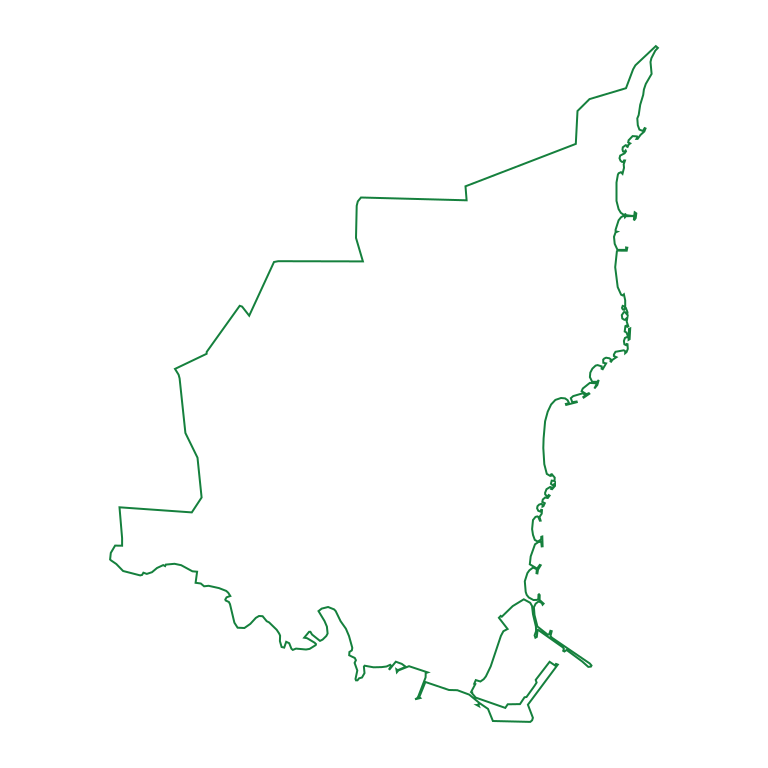 outline of Mangalia, Constanta, Romania
{"feature_id": "2599482B15082485169173", "entity_name": "Mangalia", "entity_type": "district", "adm_level": 2, "iso_a3": "ROU", "parent_name": "Romania", "parent_adm1": "Constanta", "projection": "equal_earth", "projection_center": [28.576, 43.845], "detail": "fine", "context": "isolated", "style": "outline", "palette": "green", "viewbox_px": 768, "rotation_deg": 0, "n_neighbors": 0, "source": "geoboundaries", "source_scale": "gbopen_adm2", "svg_char_len": 6114}
<svg xmlns="http://www.w3.org/2000/svg" viewBox="0 0 768 768"><path d="M175.0,368.9L178.6,374.7L179.6,378.4L185.4,433.0L197.5,457.7L201.6,497.5L191.8,512.4L119.5,507.3L122.1,538.1L122.1,545.7L115.1,545.6L110.8,552.9L110.1,559.5L110.9,560.3L116.3,564.0L123.1,571.0L140.2,575.4L142.1,574.9L143.4,572.7L146.8,573.9L152.0,572.2L157.0,568.0L163.2,565.1L165.1,566.1L165.8,564.6L174.5,563.8L181.2,565.2L192.4,571.3L197.1,571.7L195.6,582.8L200.8,583.5L204.1,586.3L208.6,585.8L219.0,588.1L226.2,590.9L228.2,592.7L230.3,596.0L226.6,597.3L225.3,599.5L225.7,600.5L228.9,602.0L230.0,604.2L234.4,622.7L237.6,627.7L244.4,628.0L250.3,623.9L255.8,617.9L259.0,616.0L262.6,616.2L266.7,621.2L269.1,622.4L276.7,629.8L279.2,633.6L280.1,635.7L279.9,641.1L281.6,647.0L284.2,647.6L286.2,641.8L289.2,643.2L291.4,648.7L292.8,649.9L296.0,648.6L306.0,649.5L309.6,648.9L315.7,645.1L316.0,644.1L314.6,642.7L307.1,638.2L304.2,637.7L309.1,631.8L310.4,631.8L312.0,634.5L320.0,640.9L322.6,639.6L326.3,636.0L327.6,633.5L326.9,626.6L324.5,621.0L318.5,611.1L321.7,608.6L328.1,607.0L334.1,609.4L335.7,611.1L340.6,621.2L345.9,628.7L349.0,636.0L352.3,647.9L351.8,650.4L349.4,652.0L349.2,655.3L354.8,658.0L355.9,660.2L354.6,662.9L357.3,670.5L355.5,679.0L356.0,680.3L357.5,680.3L359.1,678.3L362.0,677.5L364.5,673.1L363.9,666.7L364.6,665.7L373.5,667.3L381.6,667.1L386.5,666.5L390.2,664.8L391.2,665.9L389.3,668.9L389.7,669.2L395.8,661.7L401.8,663.9L405.8,666.8L397.7,670.2L396.4,669.3L396.9,672.2L398.3,670.5L409.0,666.2L427.7,672.4L425.7,673.1L425.6,677.4L418.4,696.2L417.4,698.0L415.1,699.3L420.3,698.0L419.3,697.0L425.4,682.0L449.0,690.0L457.3,690.2L469.2,694.6L479.2,702.8L478.0,704.9L476.8,705.0L478.8,706.1L478.4,705.1L479.7,703.2L488.0,708.9L492.9,721.0L530.3,721.9L532.1,720.3L532.9,717.8L527.9,704.7L557.8,664.6L556.0,663.9L554.9,665.4L549.6,661.8L535.7,679.9L536.6,682.6L534.4,686.0L526.5,697.0L524.5,697.3L520.0,704.1L507.7,704.3L505.3,707.9L475.7,697.6L471.8,693.0L472.1,692.4L471.1,692.0L475.3,684.1L474.2,683.8L475.8,680.1L480.4,681.5L483.7,679.2L485.9,676.4L490.7,666.4L500.9,635.9L503.4,631.2L507.6,629.0L498.9,617.8L500.7,615.9L501.8,616.7L512.7,606.1L523.8,599.3L530.2,602.8L532.0,605.9L533.0,614.3L535.9,626.5L536.1,631.1L534.6,635.4L535.4,637.7L536.8,636.9L537.6,629.8L538.1,629.9L562.9,647.4L563.9,648.9L563.2,650.8L564.4,651.5L566.6,650.0L582.1,661.4L588.3,666.9L590.9,666.6L591.5,665.5L589.8,663.5L551.9,637.7L550.5,636.0L551.7,631.2L550.4,630.8L549.3,634.0L547.9,634.8L537.4,626.5L534.5,615.0L533.9,607.2L535.7,603.6L538.7,601.4L541.8,603.0L542.6,604.7L543.6,603.6L539.6,600.0L539.7,595.1L539.0,594.3L538.5,594.7L538.3,599.1L536.9,599.9L533.4,600.0L528.8,597.5L526.7,594.9L525.7,591.9L524.8,581.3L527.4,573.1L529.4,570.3L532.6,567.9L534.0,567.9L536.8,569.3L536.5,573.2L537.4,573.4L538.0,569.7L540.7,565.3L539.8,564.9L537.1,568.6L529.8,564.3L530.7,556.4L535.0,544.3L538.5,542.0L541.2,541.8L541.7,546.4L542.6,546.3L542.3,536.5L541.3,536.8L541.1,539.4L537.8,541.6L534.8,539.9L533.0,534.9L532.1,529.1L533.0,520.0L535.5,516.9L537.3,516.4L538.2,516.8L539.9,520.7L540.6,520.6L539.5,517.0L541.7,513.7L542.0,510.0L541.2,509.8L540.4,511.6L538.3,510.8L537.1,508.3L537.5,506.2L539.1,504.6L541.3,503.9L542.5,504.5L542.5,506.6L543.4,506.2L544.8,503.2L542.3,501.9L542.8,499.5L545.1,497.5L547.8,498.0L549.6,495.6L548.7,495.0L547.3,496.6L545.2,494.4L545.1,492.8L546.5,489.2L550.1,487.0L551.7,487.5L551.1,488.9L552.1,489.2L555.0,485.9L555.0,483.3L552.9,485.4L550.9,483.8L551.7,480.6L554.5,481.0L554.7,477.6L551.8,474.2L551.0,474.5L551.2,475.7L550.2,475.9L546.8,473.9L544.3,464.2L543.3,448.0L543.6,438.4L545.1,421.3L547.7,411.7L551.1,404.5L555.4,399.9L561.0,398.0L565.1,398.4L567.6,400.2L569.1,403.2L565.9,403.9L566.2,404.9L576.8,402.2L576.6,401.5L572.3,402.2L570.8,398.2L573.2,396.1L582.7,393.3L585.7,395.0L583.3,397.0L583.7,397.6L589.3,393.8L588.8,393.2L586.5,394.2L581.6,391.2L582.8,388.5L589.8,382.9L596.1,383.3L596.6,384.2L594.4,388.5L597.3,385.0L598.7,380.0L597.3,381.8L592.2,381.8L589.9,377.1L590.3,372.6L592.4,368.6L595.6,365.6L597.6,365.1L601.7,366.4L601.6,368.7L602.7,369.2L606.1,363.4L603.3,362.8L603.2,359.6L604.3,358.5L606.1,357.7L609.4,358.3L610.8,359.4L610.5,361.3L611.1,361.7L612.5,359.8L616.4,357.2L613.9,356.0L613.9,354.5L615.5,351.8L623.8,350.3L625.2,351.2L625.2,353.2L626.5,352.1L627.8,348.9L627.5,344.2L626.6,344.0L626.0,345.1L624.4,344.3L623.9,341.0L624.9,338.0L626.5,337.2L628.7,337.5L628.6,339.8L629.6,339.2L630.2,328.4L629.0,328.9L628.8,335.4L627.6,335.4L626.5,332.5L624.7,331.5L625.4,326.1L626.6,325.5L627.3,326.8L628.3,326.3L626.7,321.7L627.4,317.3L625.0,319.9L624.0,319.6L622.3,318.5L621.8,315.1L623.9,312.1L625.0,312.1L627.2,314.7L627.5,312.3L625.9,308.1L624.8,308.3L624.1,309.8L622.8,309.4L622.0,307.9L622.7,305.9L625.2,306.8L625.2,300.3L623.9,294.3L622.6,295.4L621.1,294.7L617.7,287.1L615.2,267.2L616.9,251.2L617.5,250.6L626.7,250.7L627.3,247.7L626.1,247.5L626.2,249.9L617.5,249.9L614.7,243.8L614.0,236.8L615.5,232.5L617.2,231.7L615.6,231.3L615.6,229.7L618.6,220.3L621.0,217.3L623.1,216.0L624.5,216.1L624.9,217.3L625.8,216.2L634.2,216.1L633.9,219.5L634.5,219.8L635.7,218.1L636.3,213.4L634.7,212.3L634.2,215.9L631.9,215.9L625.8,215.1L625.4,214.2L623.8,214.8L620.8,212.8L618.6,209.1L616.5,200.9L616.5,182.5L617.9,174.6L618.7,173.2L621.0,172.2L622.5,173.8L624.0,167.8L623.7,164.3L625.0,160.5L624.1,160.4L623.3,162.0L621.8,161.8L620.5,160.7L619.5,158.2L620.2,155.6L624.6,153.3L626.0,151.3L625.6,150.5L624.4,151.8L623.0,151.4L622.5,149.5L622.8,147.3L625.6,145.2L627.4,145.6L627.0,146.6L627.6,146.9L628.6,144.7L630.2,143.4L628.2,142.4L628.6,140.3L632.6,136.1L637.0,136.4L637.5,137.3L636.5,138.9L637.6,138.9L640.5,134.9L644.3,131.5L645.5,128.5L644.6,128.1L642.9,131.0L639.4,129.6L637.8,125.2L637.3,118.4L638.7,115.0L640.2,104.8L643.2,94.9L643.9,89.5L645.8,83.9L651.6,73.9L650.5,62.0L651.4,58.2L655.3,50.6L657.9,47.9L655.8,46.1L635.4,65.3L633.1,69.3L626.0,88.2L589.5,99.1L577.5,111.0L575.8,143.9L465.5,186.3L466.6,200.3L361.0,197.5L357.8,201.4L356.7,205.8L356.0,237.9L362.9,261.4L278.2,261.2L274.0,262.0L249.2,315.7L242.1,306.6L239.7,305.8L206.7,351.9L206.6,353.8L175.0,368.9Z" fill="none" stroke="#15803d" stroke-width="2"/></svg>